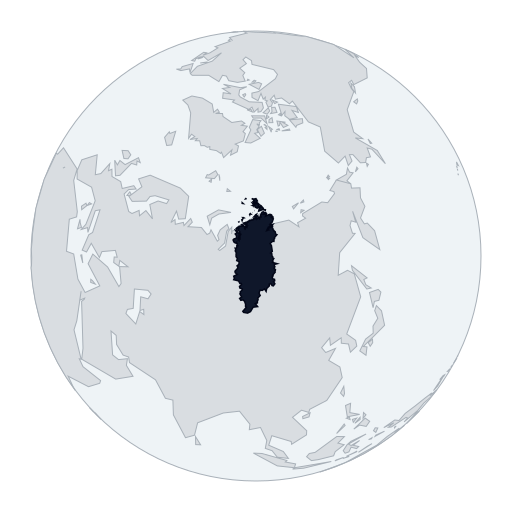 Krasnoyarsk highlighted on a globe, orthographic projection
{"feature_id": "RUS-2603", "entity_name": "Krasnoyarsk", "entity_type": "Territory", "adm_level": 1, "iso_a3": "RUS", "parent_name": "Russia", "parent_adm1": "", "projection": "orthographic", "projection_center": [95.961, 66.535], "detail": "fine", "context": "on_globe", "style": "filled", "palette": "ink", "viewbox_px": 512, "rotation_deg": 0, "n_neighbors": 0, "source": "natural_earth", "source_scale": "10m", "svg_char_len": 17721}
<svg xmlns="http://www.w3.org/2000/svg" viewBox="0 0 512 512"><circle cx="256" cy="256" r="225" fill="#eef3f6" stroke="#a8b0b8"/><path d="M333.7,44.5L333.8,44.6L353.9,57.8L344.8,49.1L352.5,53.0L358.8,57.5L355.3,56.1L359.6,62.2L366.5,68.5L367.2,77.9L353.8,84.6L351.6,80.3L348.6,82.6L351.3,88.4L353.8,91.6L347.2,109.7L353.7,132.1L362.8,138.7L355.3,137.9L377.3,150.5L385.4,163.7L371.9,149.2L367.2,148.0L370.5,156.9L366.4,157.7L365.6,162.5L360.4,162.8L352.9,154.6L349.4,154.6L352.0,161.0L348.3,165.5L345.1,156.1L338.4,163.0L324.7,151.2L320.3,127.0L308.4,121.9L292.4,101.1L289.5,103.8L281.6,98.0L275.4,99.1L274.2,95.2L270.2,99.6L272.5,102.9L271.5,106.0L268.1,107.1L265.9,102.2L267.4,100.9L264.9,100.1L265.4,97.2L263.2,99.2L261.0,93.4L258.0,100.7L252.0,97.4L251.9,93.1L258.7,91.5L275.4,78.7L277.5,74.4L273.6,69.6L252.0,64.4L251.5,60.6L245.8,57.0L243.0,59.7L246.4,63.6L239.8,68.2L244.8,72.7L242.8,75.4L245.2,81.1L237.5,82.4L228.8,80.7L226.4,76.1L222.5,75.3L218.9,81.6L208.7,75.3L192.2,75.3L190.3,73.6L197.4,66.3L212.3,61.1L221.5,52.8L208.1,60.5L203.8,56.5L200.0,57.0L195.9,58.7L194.7,61.2L191.7,60.5L203.7,52.3L206.6,52.8L202.8,55.3L209.8,52.9L217.9,47.9L215.1,46.6L230.3,41.2L228.4,40.3L230.7,38.8L232.6,40.6L229.5,37.5L246.9,33.1L243.0,31.2L254.9,32.2L264.0,32.5L274.9,33.1L274.4,32.6L289.3,34.7L302.1,36.2L305.5,36.2L333.7,44.5ZM458.3,165.4L456.8,164.4L456.5,161.9L458.3,165.4ZM456.6,166.1L457.0,165.9L456.9,166.5L456.6,166.1ZM457.1,167.9L456.8,166.6L457.3,168.3L457.1,167.9ZM457.8,170.6L457.3,169.1L457.5,169.3L457.8,170.6ZM458.3,174.3L458.4,175.2L457.8,173.6L458.3,174.3ZM234.2,32.1L238.3,31.8L234.3,32.2L234.2,32.1ZM355.5,93.0L351.8,88.4L350.9,83.1L354.5,86.8L355.5,93.0ZM356.6,103.9L353.7,101.8L357.3,98.9L357.8,101.0L356.6,103.9ZM370.3,143.5L368.0,139.0L371.7,143.2L370.3,143.5ZM366.5,163.2L368.4,164.3L367.2,166.4L366.5,163.2ZM249.2,80.0L247.2,80.5L247.8,79.2L249.2,80.0ZM252.1,82.1L254.2,80.2L255.9,80.9L254.6,82.1L252.1,82.1ZM358.0,168.7L355.4,171.8L356.8,167.2L358.0,168.7ZM249.2,84.3L258.6,82.4L261.6,83.8L259.0,89.4L249.2,84.3ZM353.1,172.8L346.9,180.8L350.8,183.8L336.4,180.0L346.4,174.3L347.5,168.0L349.6,172.2L353.1,172.8ZM274.7,103.6L272.2,100.0L277.5,102.1L274.7,103.6ZM278.4,104.2L296.3,106.6L298.4,112.5L292.0,110.4L297.2,117.6L289.5,119.3L284.8,115.8L285.0,111.5L281.9,115.4L278.4,104.2ZM329.5,176.7L326.9,177.5L328.2,175.1L329.5,176.7ZM271.6,107.4L275.0,107.3L277.0,112.4L270.5,113.6L272.0,111.6L271.6,107.4ZM302.4,118.7L302.8,122.9L296.6,125.4L295.9,127.3L289.5,119.9L302.4,118.7ZM269.7,110.9L267.2,114.2L263.1,112.7L268.3,107.9L269.7,110.9ZM280.3,113.3L281.0,115.8L278.5,114.8L280.3,113.3ZM247.0,109.8L251.0,109.4L252.5,112.0L247.0,109.8ZM266.5,115.5L267.9,116.0L269.0,117.0L266.5,118.8L266.5,115.5ZM285.5,122.2L282.9,122.5L287.9,125.4L283.4,127.5L279.9,122.2L279.6,125.4L278.2,126.1L276.9,121.0L285.5,122.2ZM267.0,123.7L261.0,118.0L253.2,118.1L251.7,115.8L264.6,115.9L267.0,123.7ZM272.9,122.6L268.9,122.7L269.1,119.6L272.0,117.6L272.9,122.6ZM281.7,130.9L289.4,129.0L289.9,130.3L281.7,130.9ZM264.7,124.4L266.2,125.8L264.1,124.8L264.7,124.4ZM276.4,129.6L279.1,128.7L279.6,130.1L276.4,129.6ZM267.0,129.4L265.0,127.5L266.9,126.0L267.0,129.4ZM271.3,130.0L271.3,132.2L268.7,126.6L272.4,129.3L271.3,130.0ZM276.4,131.1L277.6,131.6L275.3,131.2L276.4,131.1ZM261.0,136.3L257.3,129.6L261.4,126.3L264.4,133.2L261.0,136.3ZM44.1,179.4L56.3,153.2L57.6,154.2L63.5,147.8L77.1,169.0L73.7,180.4L77.3,211.7L76.6,216.9L69.3,219.2L66.5,251.3L73.7,254.0L77.9,279.1L85.1,292.5L99.8,285.9L88.1,263.7L92.8,254.1L107.6,267.0L118.9,286.6L121.1,283.5L119.6,266.6L128.0,266.8L119.8,260.4L118.8,266.2L113.7,262.5L114.2,257.0L117.2,257.2L115.4,250.4L101.9,251.6L99.4,257.6L91.3,243.3L86.5,252.0L82.2,250.1L88.8,234.7L92.6,232.5L100.0,209.8L95.3,210.7L87.9,232.4L87.6,227.6L81.2,229.5L85.9,224.3L95.2,200.8L91.6,187.2L77.1,179.0L77.2,170.5L81.8,159.8L97.2,154.8L95.3,174.7L100.8,173.6L109.8,163.6L108.5,170.7L111.9,169.2L112.0,176.5L120.7,181.6L122.2,188.5L133.8,185.7L136.1,189.0L128.6,189.6L124.1,194.0L128.7,211.5L132.0,213.5L139.1,210.4L139.5,215.8L145.9,210.6L152.5,218.9L149.8,204.5L158.1,201.0L166.6,203.6L168.9,199.9L155.1,195.7L150.0,196.5L146.4,201.1L132.2,201.4L128.9,196.5L141.9,186.8L138.6,178.9L150.2,175.2L180.3,188.1L188.7,196.3L185.3,218.7L178.7,219.1L176.5,211.1L170.9,222.5L175.0,219.6L175.3,224.3L183.4,222.4L184.0,225.6L190.7,218.5L192.3,222.2L188.0,226.7L201.4,227.5L207.0,234.5L209.7,233.2L211.0,229.8L217.3,241.2L219.0,239.7L217.6,235.4L220.2,229.8L227.2,224.4L228.9,228.6L226.7,231.1L224.6,243.0L218.2,249.3L219.7,250.5L225.6,246.0L228.2,231.5L231.8,227.1L231.6,234.0L232.0,231.1L234.4,230.3L238.4,233.5L239.1,226.0L263.0,211.9L273.2,217.0L270.3,224.5L288.8,220.1L298.9,226.8L297.6,222.7L305.6,218.2L302.6,216.0L302.6,213.7L321.8,202.0L327.7,202.7L334.5,193.6L333.9,191.6L329.9,190.5L336.4,180.0L350.8,183.8L351.5,188.1L360.0,187.8L360.5,197.9L364.9,206.3L360.5,218.0L364.4,223.9L367.3,223.1L374.6,230.7L379.8,249.6L362.9,237.7L352.6,211.3L355.7,222.2L351.2,220.8L350.0,225.5L352.5,233.3L355.1,233.4L339.7,252.6L338.2,275.3L347.5,270.3L354.3,273.9L360.7,296.8L346.7,334.0L355.6,340.3L356.8,346.1L350.4,352.2L348.5,344.0L341.3,343.2L341.2,337.8L330.4,345.3L329.7,337.9L321.6,347.7L325.7,352.5L335.5,348.4L328.7,360.4L339.9,367.0L342.2,377.6L326.8,400.4L309.7,409.3L308.8,412.4L301.5,410.2L292.5,417.3L306.7,430.7L306.5,434.9L291.6,444.3L291.2,441.5L271.8,435.7L268.7,445.2L283.3,451.5L288.4,458.4L277.3,457.2L272.1,450.7L265.3,448.4L266.8,440.5L260.5,427.5L249.3,429.7L249.9,424.2L239.5,411.2L223.3,413.0L197.6,422.8L194.5,435.2L185.5,437.7L173.4,414.9L172.9,400.1L165.4,398.3L155.5,379.8L129.5,362.6L128.6,357.0L123.1,355.1L116.6,344.5L116.2,335.4L111.0,331.0L112.6,354.9L118.5,359.6L127.4,358.7L126.4,365.4L133.0,376.3L115.7,379.1L81.7,359.2L83.0,348.3L81.6,301.3L84.3,299.3L84.4,298.9L84.7,298.1L79.7,300.2L81.1,291.2L76.8,320.8L74.0,329.8L81.1,359.2L79.3,358.8L83.0,366.7L100.6,380.6L99.7,383.3L88.5,386.7L68.2,376.2L73.6,387.8L75.2,390.4L65.9,376.9L57.6,362.7L50.4,348.0L44.2,332.7L39.2,317.1L35.3,301.1L32.6,284.9L31.1,268.6L31.0,268.0L31.5,265.0L31.7,257.7L31.3,249.1L32.2,240.3L32.4,234.5L35.9,208.2L44.1,179.4ZM65.1,167.0L62.9,168.1L65.1,167.0ZM125.9,313.5L135.8,324.0L139.7,311.5L143.9,314.6L143.7,309.3L140.0,310.5L140.7,296.8L148.0,298.8L151.1,294.0L147.9,290.3L134.4,289.0L133.2,308.4L127.4,309.4L125.9,313.5ZM235.9,31.7L232.8,32.0L233.5,31.9L235.9,31.7ZM231.3,32.4L232.5,32.3L234.2,32.3L231.3,32.4ZM203.1,57.0L202.1,57.7L197.8,59.0L199.5,57.6L203.1,57.0ZM180.8,70.6L176.4,69.1L180.7,69.0L182.2,66.6L193.1,63.5L190.0,72.6L189.5,68.9L180.8,70.6ZM206.7,62.3L200.2,63.0L207.5,61.9L206.7,62.3ZM130.8,154.8L128.0,158.8L123.9,158.5L122.1,150.4L128.1,150.7L130.8,154.8ZM125.1,164.6L138.5,157.7L140.2,162.6L137.0,161.0L136.7,165.0L131.5,163.4L120.0,175.3L115.5,175.8L114.7,160.2L117.4,164.9L119.9,160.5L125.1,164.6ZM169.9,133.5L175.7,131.3L171.7,144.9L166.7,145.5L164.6,137.3L169.3,131.8L169.9,133.5ZM242.7,94.8L245.2,93.6L245.8,94.8L244.2,97.0L242.7,94.8ZM248.8,109.4L232.5,102.0L234.5,100.0L222.6,98.3L223.2,92.7L231.0,93.9L222.5,88.5L229.8,87.4L223.5,84.3L240.6,87.7L246.8,86.7L239.6,89.9L238.8,95.0L240.3,97.0L249.2,101.8L262.1,102.4L263.4,107.9L260.9,111.6L258.0,112.2L258.0,108.4L254.1,112.1L252.0,107.1L248.8,109.4ZM230.5,155.2L231.9,149.9L223.6,157.6L221.5,152.2L220.6,153.4L216.4,150.6L209.8,149.4L209.8,146.6L207.3,147.3L204.4,145.6L200.9,145.7L199.7,140.8L195.3,140.7L197.2,138.5L190.0,139.5L194.8,136.6L191.6,134.2L188.6,138.3L190.7,112.9L187.9,105.0L182.8,100.1L191.9,96.0L202.4,98.1L212.2,104.0L213.7,112.4L217.5,109.2L219.4,112.3L215.6,113.5L222.5,113.5L223.0,116.5L231.8,122.5L241.5,121.0L244.9,123.3L241.4,125.3L247.3,126.2L243.0,131.7L245.3,133.5L243.4,140.9L235.2,144.1L238.5,145.9L237.2,151.8L230.5,155.2ZM260.2,138.3L250.8,143.0L245.1,142.5L250.8,129.9L249.3,127.4L252.7,119.6L261.0,120.7L259.3,122.8L259.5,125.1L256.8,123.8L259.1,126.6L256.8,129.6L257.9,132.6L254.6,133.3L260.2,138.3ZM80.0,219.3L80.2,222.8L81.5,227.4L77.5,228.8L80.0,219.3ZM86.0,203.2L86.8,205.7L81.7,209.7L81.5,206.2L86.0,203.2ZM91.6,203.9L87.2,205.5L89.4,202.6L91.6,203.9ZM129.8,191.8L131.2,194.4L129.6,195.7L126.9,195.4L129.8,191.8ZM205.6,177.8L207.2,174.6L208.7,175.0L215.7,170.7L217.8,174.5L214.4,178.6L205.6,177.8ZM95.3,284.1L90.7,282.4L90.8,279.3L92.3,280.5L95.3,284.1ZM81.8,254.8L82.8,263.0L80.7,255.1L81.8,254.8ZM209.1,181.2L211.7,179.0L211.1,182.3L209.1,181.2ZM219.7,177.1L219.8,180.7L218.9,174.4L219.7,177.1ZM89.4,407.6L93.3,411.8L95.5,413.1L101.0,419.4L100.9,419.3L89.4,407.6ZM342.8,458.5L349.1,456.3L348.8,456.6L342.8,458.5ZM336.3,459.9L343.6,457.4L334.9,460.9L336.3,459.9ZM346.4,456.3L353.8,452.8L357.1,451.0L356.4,451.9L346.4,456.3ZM331.3,461.5L303.6,468.2L292.6,469.1L295.3,467.6L313.2,464.6L331.3,461.5ZM294.4,467.7L277.3,465.9L253.4,453.1L262.0,453.5L286.9,460.5L285.3,462.0L295.6,463.9L294.4,467.7ZM335.2,451.7L333.6,455.8L318.4,459.6L311.4,460.6L306.6,456.7L309.3,453.5L315.1,452.4L336.8,436.5L344.4,436.6L337.9,443.1L344.1,444.7L335.2,451.7ZM195.5,436.6L200.6,444.8L195.7,444.6L195.5,436.6ZM345.1,425.5L336.6,433.5L344.2,424.0L345.1,425.5ZM349.4,417.0L350.1,419.6L346.4,418.2L349.4,417.0ZM309.0,416.9L302.9,418.7L302.6,416.5L310.1,412.8L309.0,416.9ZM343.8,386.3L344.5,393.6L343.6,396.4L340.5,393.0L343.8,386.3ZM231.0,212.4L218.9,214.0L211.7,218.1L209.8,224.8L207.2,216.2L218.5,209.9L231.0,212.4ZM258.9,211.4L260.4,205.8L263.2,207.9L263.2,209.5L258.9,211.4ZM257.4,208.3L252.9,202.1L256.0,198.8L258.9,204.3L257.4,208.3ZM230.5,191.3L226.8,191.5L227.3,188.7L230.5,191.3ZM319.8,472.1L345.3,462.7L364.3,452.0L376.6,445.3L387.2,436.5L399.3,428.1L394.5,433.2L404.6,425.3L392.0,435.6L378.7,444.9L364.7,453.3L350.2,460.6L335.2,466.9L319.8,472.1ZM406.6,423.5L416.7,412.3L419.4,411.1L406.6,423.5ZM358.4,452.3L367.4,446.2L372.0,443.6L358.4,452.3ZM457.0,357.8L455.1,361.4L455.4,360.6L457.0,357.8ZM457.4,356.7L458.1,355.5L457.4,356.7ZM454.0,362.4L456.2,359.0L453.7,363.0L454.0,362.4ZM452.5,365.0L450.8,367.5L450.9,367.1L452.5,365.0ZM429.9,395.6L436.8,389.8L430.6,397.2L424.0,402.9L417.7,410.5L404.1,421.9L407.6,418.0L406.0,417.4L391.3,427.0L388.3,427.3L393.8,422.8L383.8,427.6L394.8,420.0L399.0,420.5L405.2,413.4L415.2,405.9L424.7,398.3L431.8,392.9L429.9,395.6ZM394.4,427.2L396.2,425.9L394.5,427.9L394.4,427.2ZM447.4,371.4L449.9,368.7L449.6,369.5L448.3,371.3L447.4,371.4ZM433.5,390.6L441.3,379.0L443.1,376.8L437.8,385.8L433.5,390.6ZM439.7,379.6L443.1,375.6L444.7,374.7L444.0,376.0L439.7,379.6ZM372.0,437.7L371.5,438.8L368.6,439.6L372.0,437.7ZM375.8,435.1L384.5,431.2L375.0,436.4L375.8,435.1ZM348.4,444.1L351.1,445.5L359.6,440.5L353.1,445.3L358.7,446.5L356.6,448.6L351.1,447.2L348.9,451.9L345.1,453.2L343.2,450.7L347.1,444.7L350.9,441.3L366.1,434.0L348.4,444.1ZM375.8,432.4L373.5,430.7L375.2,427.8L377.8,428.0L375.8,432.4ZM366.2,426.4L359.6,425.1L353.8,429.1L365.2,418.1L369.7,421.3L366.2,426.4ZM360.1,419.5L354.8,423.3L360.1,417.3L360.1,419.5ZM353.3,422.3L352.4,419.4L356.7,418.1L353.3,422.3ZM363.0,418.4L363.5,412.5L366.0,414.8L363.0,418.4ZM349.8,412.6L359.6,414.4L347.3,416.8L345.5,405.5L350.6,403.3L349.8,412.6ZM370.2,346.3L368.2,342.6L372.5,339.2L372.7,342.7L370.2,346.3ZM384.6,325.3L373.0,337.0L363.3,346.5L367.0,346.9L366.0,355.3L359.8,350.9L365.6,339.1L373.2,333.2L373.0,326.1L377.8,318.3L374.7,310.7L376.4,305.6L381.5,310.8L384.6,325.3ZM373.1,307.7L369.5,292.5L378.2,289.4L380.9,292.1L378.9,300.3L374.4,301.4L373.1,307.7ZM371.2,288.0L366.8,289.0L352.4,270.3L351.5,265.7L367.1,277.9L363.8,279.5L365.8,284.7L371.2,288.0ZM328.4,179.6L327.0,177.7L329.6,178.3L328.4,179.6ZM300.7,212.7L301.1,209.7L304.1,210.3L300.7,212.7ZM303.9,201.9L300.3,203.2L303.4,200.0L303.9,201.9ZM292.3,206.5L298.5,202.8L293.6,208.9L292.3,206.5Z" fill="#d9dde1" stroke="#a8b0b8" stroke-width="1"/><path d="M235.5,230.2L236.7,230.6L238.6,233.7L240.5,234.0L240.0,235.2L238.9,235.5L238.6,237.4L238.0,238.2L238.0,239.6L238.1,238.2L239.4,236.7L239.5,237.7L238.4,239.8L239.0,240.3L238.9,239.3L240.1,239.0L239.8,236.3L240.8,234.5L239.5,232.4L239.7,231.6L238.2,230.2L238.8,228.6L238.3,227.7L238.7,227.6L238.5,227.1L239.0,226.3L246.3,226.5L244.7,227.8L244.6,228.4L245.5,229.9L244.7,228.0L246.3,227.6L247.0,226.6L245.4,224.5L246.8,224.7L246.1,224.0L246.4,223.8L245.4,223.4L245.9,222.7L246.6,223.7L246.5,223.3L247.3,222.5L247.1,222.3L247.7,222.2L247.0,221.6L247.9,221.9L249.4,220.5L249.8,220.8L250.1,220.3L251.7,220.2L251.9,219.8L252.5,219.9L253.7,219.5L254.3,219.1L253.0,219.0L254.1,218.7L253.9,218.4L256.7,219.1L256.5,219.4L258.7,217.9L259.6,218.7L259.5,219.7L259.7,218.4L258.6,217.0L261.8,217.2L260.5,216.6L260.7,215.8L260.4,215.4L262.1,212.2L263.3,211.8L264.8,212.9L263.2,214.3L266.2,214.4L265.5,216.2L269.5,214.4L270.7,215.2L270.5,215.8L271.4,215.6L271.3,216.0L271.7,216.3L271.5,216.7L271.9,215.7L272.6,217.2L272.9,217.1L273.0,218.3L272.9,217.9L272.4,217.9L271.7,217.4L271.5,217.5L273.3,218.8L272.2,222.1L270.3,223.9L270.8,223.9L269.3,226.9L268.3,227.1L266.6,230.7L268.8,230.0L267.6,229.3L272.3,226.0L272.6,226.2L271.8,227.3L272.9,228.4L272.9,229.5L273.9,230.4L273.8,230.9L275.1,231.6L275.8,234.3L276.9,234.7L274.3,237.8L274.6,238.6L273.6,239.7L274.0,240.3L273.9,241.4L272.6,241.3L270.0,243.5L271.4,245.5L272.3,251.4L270.6,253.0L271.8,253.7L272.0,256.0L272.7,256.7L272.8,258.0L273.8,258.5L272.6,260.6L273.0,261.2L272.4,262.4L277.1,263.7L274.4,264.4L274.4,266.4L274.9,266.8L274.0,268.2L275.5,269.8L274.9,271.2L275.2,272.1L272.6,275.2L273.1,275.8L272.2,277.2L272.8,278.9L274.5,279.3L274.7,280.8L273.5,281.6L274.9,283.8L273.3,285.9L272.1,285.6L270.8,283.7L269.2,284.1L269.3,285.9L266.7,288.5L266.1,291.4L264.5,288.9L262.3,290.4L260.1,290.1L259.0,293.1L260.2,295.5L257.8,298.1L258.1,299.8L257.4,301.0L257.4,302.9L255.3,303.6L257.6,306.6L253.1,307.2L250.5,311.6L247.6,313.1L243.6,312.4L242.8,311.3L246.3,307.3L245.5,306.4L245.6,304.3L244.6,301.4L243.1,299.9L240.8,300.3L239.6,298.4L241.7,297.0L239.9,293.9L240.5,293.5L240.2,291.9L242.2,290.1L242.3,289.0L239.8,288.0L239.5,286.4L241.6,284.6L241.3,283.5L239.9,283.5L238.6,280.9L233.7,279.7L234.4,278.3L233.7,276.2L237.3,274.4L235.2,272.7L235.0,271.2L237.4,268.6L238.0,267.0L237.0,265.9L238.9,264.3L239.1,261.6L236.7,260.6L237.4,258.3L236.1,256.8L236.0,255.8L236.4,255.4L236.0,254.2L236.4,252.9L235.2,250.9L235.8,249.9L235.2,248.2L236.1,248.3L236.9,247.0L236.8,245.9L237.7,245.7L237.1,245.0L237.3,243.6L236.5,243.3L236.5,242.3L235.3,243.0L234.0,242.1L233.2,240.4L233.2,239.7L234.1,238.9L236.2,238.4L236.4,237.4L236.6,235.8L235.2,234.0L237.1,232.6L235.5,230.2ZM258.9,207.1L257.1,208.1L255.2,207.1L254.8,205.5L254.4,205.6L254.5,205.0L254.0,205.6L253.8,205.2L255.1,204.2L254.8,203.9L255.3,203.1L257.1,202.9L257.4,203.3L256.9,204.7L257.8,203.3L258.8,204.1L258.7,206.1L258.2,206.2L258.9,207.1ZM255.9,198.6L257.3,200.8L256.7,201.0L257.0,202.3L256.8,202.6L255.0,203.0L254.5,203.5L253.4,202.8L254.2,202.3L253.0,202.3L253.8,202.0L253.3,201.7L253.9,201.5L254.3,200.5L253.8,200.5L254.2,199.7L255.8,198.9L255.5,198.7L255.9,198.6ZM263.3,208.4L263.0,209.4L258.7,211.0L259.4,208.2L260.0,208.1L259.7,208.0L259.7,207.3L259.8,207.1L260.2,207.3L260.2,207.2L259.7,207.0L259.8,206.4L260.6,205.5L261.2,205.9L260.9,207.8L261.6,206.4L263.3,208.4ZM252.5,203.2L254.5,203.9L254.0,204.6L253.2,204.7L253.5,204.5L252.5,203.2ZM272.7,224.5L271.1,226.4L270.7,225.9L271.1,225.0L272.7,224.5ZM237.2,229.1L236.9,229.2L236.2,228.5L237.1,227.7L237.2,229.1ZM253.3,199.0L253.1,199.4L252.3,198.9L252.5,198.7L253.3,199.0ZM245.8,198.5L246.5,198.8L245.5,198.9L245.8,198.5ZM243.1,203.5L242.4,203.4L242.5,203.2L242.2,203.0L242.2,202.7L243.1,203.5ZM256.6,217.9L256.4,218.5L255.3,218.1L255.4,217.8L256.6,217.9ZM256.5,214.3L256.2,215.1L255.4,215.1L255.5,214.9L256.5,214.3ZM242.6,219.3L242.1,220.6L241.8,219.8L242.6,219.3ZM265.4,209.8L265.3,210.2L264.4,210.0L265.1,209.7L265.4,209.8ZM250.3,213.6L250.7,214.0L250.1,213.9L250.3,213.6ZM239.1,239.2L239.9,237.9L239.5,239.0L239.1,239.2ZM246.9,222.2L246.5,222.5L246.7,222.9L246.1,222.4L246.9,222.2ZM270.4,214.8L270.7,214.5L271.1,214.9L271.1,215.2L270.4,214.8ZM264.6,209.3L264.2,209.8L264.0,209.7L264.6,209.3ZM242.4,224.7L242.8,225.1L242.0,224.9L242.4,224.7ZM250.0,214.2L249.8,214.8L249.6,214.4L249.7,214.2L250.0,214.2ZM245.4,223.6L245.8,223.9L245.2,224.0L245.4,223.6ZM244.9,223.5L245.2,223.8L244.7,223.7L244.9,223.5ZM244.0,217.9L243.6,218.0L243.1,217.6L243.5,217.6L244.0,217.9ZM265.8,212.8L266.1,213.1L265.7,213.3L265.8,212.8ZM256.2,216.2L256.3,216.5L255.9,216.6L256.2,216.2ZM241.6,224.6L241.9,224.8L241.5,224.7L241.6,224.6ZM256.7,218.8L257.3,218.5L256.7,219.0L256.7,218.8ZM257.0,217.8L257.0,218.0L256.8,218.3L256.7,218.1L256.8,217.6L257.0,217.8ZM238.9,221.9L238.9,222.5L238.7,222.0L238.9,221.9ZM245.4,223.0L244.8,222.8L245.3,222.7L245.4,223.0ZM244.4,223.7L244.0,223.9L244.2,224.1L243.9,223.8L244.4,223.7ZM243.6,225.4L243.6,225.7L243.0,225.4L243.6,225.4ZM254.9,218.1L255.0,218.2L254.5,218.1L254.9,218.1ZM245.6,227.3L245.9,227.5L245.4,227.5L245.6,227.3ZM265.3,212.5L265.2,212.8L265.1,212.5L265.3,212.5ZM255.2,216.2L255.4,216.4L255.0,216.4L255.2,216.2ZM258.8,204.6L259.1,204.7L258.8,205.0L258.8,204.6ZM253.0,205.7L253.5,205.6L253.3,205.8L253.0,205.7ZM257.3,216.2L257.5,216.6L257.2,216.3L257.3,216.2ZM242.4,217.6L243.0,218.0L242.4,217.6L242.4,217.6ZM255.5,216.2L255.9,216.3L255.6,216.4L255.5,216.2ZM253.9,205.7L253.7,205.8L253.6,205.7L253.9,205.7ZM254.4,210.6L254.1,210.6L254.4,210.6ZM254.9,203.4L254.8,203.6L254.6,203.6L254.9,203.4ZM272.0,215.3L271.7,215.4L272.0,215.3ZM253.2,206.8L253.6,207.0L253.2,206.8L253.2,206.8ZM257.5,215.9L257.4,216.2L257.1,216.0L257.5,215.9ZM252.6,212.5L252.8,212.6L252.6,212.5L252.6,212.5ZM256.4,217.7L256.7,217.6L256.4,217.7ZM254.2,216.5L254.5,216.7L254.1,216.6L254.2,216.5ZM252.6,205.2L252.8,205.5L252.3,205.1L252.6,205.2ZM255.2,218.1L255.3,218.3L255.1,218.3L255.2,218.1ZM264.5,213.4L264.5,213.2L264.7,213.3L264.5,213.4Z" fill="#0f172a" stroke="#020617" stroke-width="1.5"/></svg>